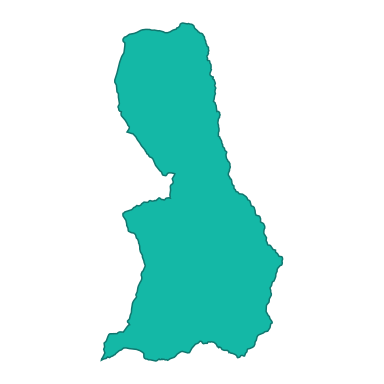 the district of Labateca, Norte de Santander, Colombia
{"feature_id": "7082276B68163491076409", "entity_name": "Labateca", "entity_type": "district", "adm_level": 2, "iso_a3": "COL", "parent_name": "Colombia", "parent_adm1": "Norte de Santander", "projection": "robinson", "projection_center": [-72.516, 7.278], "detail": "fine", "context": "isolated", "style": "filled", "palette": "teal", "viewbox_px": 384, "rotation_deg": 0, "n_neighbors": 0, "source": "geoboundaries", "source_scale": "gbopen_adm2", "svg_char_len": 6029}
<svg xmlns="http://www.w3.org/2000/svg" viewBox="0 0 384 384"><path d="M239.7,357.2L240.7,355.7L241.4,355.4L242.5,355.4L244.0,356.1L244.6,355.9L245.5,353.3L246.9,351.8L247.2,349.9L247.5,349.3L248.2,348.8L249.6,348.6L252.6,347.3L253.9,346.3L254.8,344.5L255.1,342.0L256.3,340.2L257.0,337.0L257.8,335.6L258.6,334.9L263.5,332.9L264.7,331.8L267.7,331.2L270.0,327.7L270.7,323.9L272.2,322.9L272.0,321.6L269.9,318.6L269.3,316.4L268.3,315.6L266.1,311.5L266.4,305.7L266.8,304.7L268.9,302.3L269.2,300.9L269.3,299.0L271.3,295.1L271.3,293.6L270.7,292.2L270.7,290.2L270.1,288.7L270.2,287.5L271.5,285.6L272.2,282.4L272.7,281.7L273.9,281.1L274.8,279.1L275.7,276.7L275.9,273.8L277.1,271.3L277.1,269.7L277.7,268.3L280.1,265.6L281.5,265.1L281.9,264.7L282.3,263.0L282.0,260.9L282.6,259.3L282.5,258.1L282.2,257.2L281.7,256.7L279.0,256.3L277.4,253.5L275.8,252.4L275.5,251.4L275.5,250.1L273.1,249.5L270.6,245.8L269.8,245.2L268.2,245.1L267.7,244.7L267.1,242.5L266.1,240.5L266.5,237.7L264.0,233.7L263.8,233.0L263.9,230.7L264.3,228.9L264.8,228.1L264.7,226.2L263.5,223.6L260.5,221.9L260.6,218.9L259.8,216.6L259.1,216.0L256.1,215.2L255.3,213.3L255.1,210.8L254.1,207.4L252.9,206.4L251.6,206.0L251.2,205.7L250.0,201.2L249.3,200.5L247.8,199.8L247.1,198.0L246.0,196.6L242.6,194.2L239.2,193.8L237.8,192.0L236.1,191.6L235.3,189.7L234.0,188.5L233.9,185.8L232.6,184.8L232.1,183.9L232.1,183.2L231.8,182.6L231.8,181.5L231.4,179.6L231.1,179.1L230.2,178.7L230.1,178.0L228.3,175.0L228.4,173.1L229.5,170.6L229.5,169.5L230.3,167.0L229.9,165.6L229.9,163.7L228.9,161.9L227.8,161.0L227.7,160.3L226.6,158.7L226.1,156.4L226.0,154.8L226.1,154.1L226.7,152.5L226.6,151.8L224.9,150.4L224.4,148.2L222.7,146.5L222.7,144.8L221.8,143.1L221.6,141.1L219.9,137.9L219.7,137.0L218.4,136.2L218.4,133.1L218.5,132.1L219.0,131.1L219.0,128.6L218.5,126.8L218.5,125.3L217.8,123.0L218.4,119.0L219.6,117.1L219.5,116.1L220.1,114.9L219.5,113.4L219.6,112.6L219.4,112.3L217.9,111.3L216.8,111.5L216.1,105.5L215.5,104.4L215.1,102.8L213.4,101.3L214.1,99.3L214.6,95.7L215.4,93.6L214.9,91.9L215.2,89.5L215.8,88.2L215.5,87.3L214.9,86.5L214.6,85.1L215.3,83.8L215.3,83.2L214.0,79.6L212.7,78.8L213.2,77.6L213.2,77.0L211.7,76.6L211.1,75.9L210.5,75.6L209.9,74.5L210.0,73.2L211.4,69.5L210.8,68.3L211.1,67.4L211.0,64.8L209.9,62.8L209.6,61.0L208.7,60.4L207.7,60.5L207.4,60.0L207.2,59.6L207.6,58.3L206.9,56.7L207.0,55.8L207.7,55.1L208.5,53.3L208.1,52.3L208.8,50.7L208.4,49.1L208.5,47.7L208.1,46.9L207.1,46.2L206.5,44.2L205.9,43.3L205.7,41.1L204.6,38.9L204.4,36.9L203.1,35.2L203.0,34.6L202.3,33.8L201.3,33.3L200.6,33.3L199.7,32.9L199.2,32.3L197.9,31.6L197.7,30.9L194.7,28.3L193.7,25.6L191.8,24.3L189.7,24.0L188.4,23.5L187.4,23.9L182.8,23.0L181.3,23.4L180.2,24.2L179.7,26.1L178.2,27.6L176.9,27.9L176.3,29.1L173.0,30.1L170.0,31.9L167.6,32.7L165.0,32.7L163.4,31.8L159.4,30.7L158.2,30.8L154.4,30.1L151.8,30.2L149.7,29.5L145.8,29.4L142.5,29.8L140.9,30.3L136.9,32.4L134.2,33.4L129.4,34.3L126.2,36.6L124.4,37.2L123.0,39.2L123.0,40.7L123.3,41.5L124.8,42.8L124.9,45.2L124.1,51.7L123.8,53.1L122.1,55.8L121.4,57.3L119.7,62.2L117.0,73.1L114.8,80.0L114.8,82.2L116.4,85.1L117.0,91.9L118.4,93.6L118.4,97.2L119.4,103.4L119.1,104.7L118.2,106.2L118.0,107.0L118.7,108.6L118.8,110.0L119.8,111.2L121.4,111.8L121.0,113.9L121.3,115.6L125.2,120.2L127.2,123.5L127.9,125.3L129.3,126.8L129.3,128.0L128.8,129.2L127.0,132.0L132.3,133.7L132.8,133.6L135.9,136.9L137.4,139.7L139.8,142.9L141.4,145.7L144.9,149.8L145.2,150.8L146.4,152.4L146.8,153.7L148.2,154.5L149.0,156.1L149.9,157.0L151.6,157.6L153.0,159.1L155.6,165.4L159.9,170.8L161.4,171.9L162.5,174.7L163.1,175.2L165.8,175.7L166.5,175.1L167.5,173.5L168.8,172.8L171.6,172.9L174.8,173.7L174.4,175.1L172.2,178.8L173.3,182.0L172.9,183.1L172.6,183.7L171.2,184.7L170.5,185.7L170.3,186.5L170.6,190.1L169.9,195.0L170.2,196.6L169.9,197.5L170.2,198.1L168.7,197.8L166.5,198.1L165.7,198.5L164.7,199.8L164.0,200.0L163.2,199.6L161.5,199.5L159.7,198.0L159.0,197.9L156.0,200.6L154.7,200.5L154.0,200.9L152.0,201.2L150.5,200.6L149.9,200.6L149.4,200.8L148.2,202.1L147.1,202.4L144.0,202.1L141.7,203.8L140.8,205.1L139.7,205.7L138.8,205.9L136.8,205.5L135.3,206.9L133.7,207.6L132.7,208.8L131.7,209.7L124.9,211.9L123.7,213.1L123.0,213.4L122.9,214.9L123.1,216.1L125.9,220.3L126.7,223.9L126.7,225.4L128.0,228.2L128.2,230.4L128.5,231.2L131.2,232.6L133.8,233.1L135.0,234.1L135.6,234.9L136.4,238.0L137.7,239.2L138.6,241.8L138.6,243.1L139.1,243.8L139.7,246.2L139.8,249.1L140.4,251.8L142.4,255.3L142.4,257.0L143.9,261.0L144.1,262.3L145.2,265.5L145.2,266.1L143.1,270.9L142.1,271.8L141.3,273.8L141.2,275.3L141.8,277.0L141.8,278.8L141.1,280.8L140.2,282.2L138.4,286.0L137.9,287.7L137.2,291.9L136.0,294.4L135.9,295.0L136.5,296.5L136.4,297.3L134.5,299.6L133.3,301.4L132.5,303.3L131.6,309.0L131.4,312.5L130.3,315.2L129.5,318.9L127.5,321.0L127.6,322.1L128.9,323.3L129.6,324.7L128.8,324.9L127.1,326.8L123.3,332.1L120.0,331.9L119.1,332.1L118.0,332.7L117.2,333.6L109.9,333.8L108.9,334.5L107.9,336.6L106.4,340.7L105.7,341.7L104.1,343.1L104.6,347.0L103.7,349.2L104.9,352.9L102.6,357.6L101.7,358.8L101.4,360.2L103.6,359.0L106.2,358.4L107.5,357.0L109.6,357.6L111.1,356.5L112.7,356.0L114.0,355.0L115.0,354.6L115.8,353.5L119.3,350.6L121.4,349.9L122.8,348.6L123.7,348.0L126.1,347.9L129.4,348.6L136.5,349.4L140.1,350.7L142.7,352.4L143.8,353.5L143.9,357.0L144.4,358.1L145.8,359.0L147.0,359.0L148.5,359.8L150.3,359.8L155.8,361.0L156.8,360.7L159.1,359.0L159.9,359.7L161.4,359.5L161.9,359.0L162.3,359.5L163.9,359.2L165.1,359.9L166.5,359.7L167.7,360.3L170.2,358.7L174.2,357.3L175.5,356.2L177.2,354.1L180.8,351.7L182.5,351.4L187.7,352.9L189.5,352.6L191.9,348.2L194.8,344.9L195.4,344.2L198.0,343.2L200.1,341.2L201.2,341.4L201.8,341.8L202.6,343.2L203.5,343.7L205.2,343.3L207.3,343.3L207.8,342.2L208.9,341.8L210.3,342.1L211.0,341.7L214.0,342.3L216.2,344.2L217.5,346.8L218.4,346.9L218.7,347.7L219.0,347.6L219.3,347.0L219.8,347.1L221.1,347.9L222.0,349.5L224.1,350.3L227.3,350.4L228.8,351.5L228.9,352.6L229.9,352.5L230.8,353.1L232.6,353.4L235.6,354.7L236.9,356.1L237.3,357.4L237.7,357.7L239.7,357.2Z" fill="#14b8a6" stroke="#0f766e" stroke-width="1.5"/></svg>